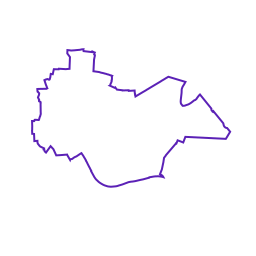 Middelburg, Zeeland, Netherlands, rotated 18°
{"feature_id": "6326949B99945652837924", "entity_name": "Middelburg", "entity_type": "district", "adm_level": 2, "iso_a3": "NLD", "parent_name": "Netherlands", "parent_adm1": "Zeeland", "projection": "albers", "projection_center": [3.627, 51.502], "detail": "fine", "context": "isolated", "style": "outline", "palette": "violet", "viewbox_px": 256, "rotation_deg": 18, "n_neighbors": 0, "source": "geoboundaries", "source_scale": "gbopen_adm2", "svg_char_len": 5006}
<svg xmlns="http://www.w3.org/2000/svg" viewBox="0 0 256 256"><g transform="rotate(18 128 128)"><path d="M178.9,126.6L179.0,124.4L181.8,124.5L185.0,124.7L185.3,118.7L201.1,114.4L224.4,108.1L224.9,106.1L226.3,100.0L222.3,97.4L221.6,97.5L221.2,97.5L220.8,97.5L220.3,97.4L219.9,97.2L219.6,97.1L219.3,96.9L219.1,96.8L218.8,96.5L218.3,96.0L217.9,95.3L217.8,95.2L217.2,94.1L204.0,85.6L203.9,85.9L203.8,86.4L203.5,86.3L203.5,86.2L203.4,86.0L203.3,85.9L203.1,85.8L202.4,85.6L202.2,85.5L201.9,85.2L201.7,84.9L201.6,84.7L201.5,84.4L201.3,83.8L186.1,73.9L185.5,75.0L185.3,75.6L185.0,76.3L184.5,77.8L184.3,78.5L184.2,79.0L184.0,79.5L183.8,79.8L183.5,80.2L183.3,80.6L183.0,80.8L182.5,81.2L182.0,81.8L181.6,82.5L180.3,84.4L179.0,86.0L178.0,87.0L176.2,88.3L175.5,88.9L174.9,89.3L174.4,89.5L174.0,89.7L173.1,90.0L171.2,88.7L170.9,88.5L170.8,88.3L170.5,87.9L170.3,87.4L170.1,87.0L169.9,86.5L169.8,86.0L169.6,85.4L168.2,78.5L167.9,77.3L167.2,75.0L167.1,74.4L167.1,73.9L167.1,73.4L167.2,71.8L167.5,70.6L167.8,69.5L167.9,69.0L168.0,68.5L168.4,66.4L150.6,66.8L150.0,67.4L149.8,67.7L149.2,68.3L147.5,70.3L146.9,71.0L145.2,72.9L144.7,73.6L135.6,84.0L135.4,84.3L134.1,85.7L133.9,86.0L132.7,87.4L130.8,89.5L125.4,95.7L124.5,94.0L124.4,94.1L123.5,92.3L122.7,90.3L117.2,92.5L116.9,91.9L111.7,93.8L111.7,93.7L105.6,94.9L104.6,94.2L104.4,94.1L103.3,93.3L102.9,93.9L97.6,93.3L97.7,93.2L97.8,92.9L97.8,92.4L97.8,91.1L97.8,90.9L97.9,90.6L98.0,90.2L98.0,89.4L98.0,89.0L98.0,88.8L98.0,88.6L97.9,88.5L97.9,88.3L97.7,88.0L97.6,87.8L97.6,87.7L97.8,87.2L97.5,86.2L97.3,85.4L97.1,84.9L96.9,84.6L96.8,84.3L96.8,83.9L96.9,83.3L96.6,83.3L95.7,83.2L95.5,83.3L92.7,83.2L92.2,83.3L90.7,83.3L90.0,83.3L89.3,83.4L88.7,83.4L87.0,83.5L85.2,83.7L83.3,83.7L82.1,83.9L77.6,84.7L76.8,81.7L75.0,75.0L74.9,74.7L74.5,73.1L74.5,72.5L74.4,72.2L74.2,69.9L74.0,68.9L73.7,68.7L73.2,68.6L73.0,68.4L73.0,67.6L73.1,66.5L72.8,66.5L71.7,66.4L70.5,66.2L70.4,66.2L70.5,66.9L62.0,68.6L61.2,67.0L61.2,66.9L59.9,67.4L58.9,68.0L58.2,68.4L58.3,68.4L55.0,69.8L53.2,70.6L50.2,71.8L49.9,71.9L48.1,72.2L47.7,72.3L46.3,72.6L47.2,75.8L47.3,75.9L50.8,78.4L50.9,78.5L51.5,80.7L52.0,82.4L53.0,86.0L54.1,89.8L50.5,91.3L43.9,93.0L43.9,93.6L39.3,95.0L39.8,100.1L37.8,100.4L37.8,100.5L37.9,101.0L38.0,101.4L38.2,102.6L38.3,103.1L38.4,103.5L38.4,104.1L38.5,106.0L38.3,106.3L37.9,106.5L36.9,106.3L36.7,106.3L36.3,106.4L36.1,106.4L35.9,106.6L35.7,106.8L35.4,107.0L35.2,107.0L34.8,107.3L33.8,108.2L33.7,108.3L34.0,108.7L36.6,112.3L36.9,112.6L37.3,113.1L37.6,113.4L38.4,114.5L38.8,115.0L39.0,115.2L38.6,115.6L38.3,115.9L38.0,116.0L30.8,118.5L30.5,118.6L29.7,119.0L29.8,119.2L30.6,121.1L30.8,121.4L30.9,121.5L31.4,121.5L31.8,121.9L32.5,122.2L32.8,122.4L32.9,122.7L33.0,123.2L33.1,123.7L33.1,124.1L32.9,126.7L33.0,126.8L33.7,127.6L33.8,127.6L34.0,127.9L34.5,128.3L34.7,128.6L34.8,128.7L34.8,128.8L34.8,129.0L34.9,129.6L35.0,129.8L35.1,130.0L35.3,130.1L35.8,130.1L36.1,130.1L36.6,130.2L36.8,130.3L36.9,130.5L37.0,130.6L37.0,130.9L37.0,131.0L37.1,131.3L37.3,131.5L37.3,131.8L40.1,140.0L40.7,141.6L40.8,143.9L40.8,144.2L40.7,144.4L40.7,144.6L40.7,146.0L40.8,147.7L40.8,147.8L40.6,148.0L37.7,148.7L37.0,148.9L36.8,149.0L36.7,149.1L36.7,150.0L36.7,150.3L36.6,150.5L36.0,150.7L35.6,150.7L35.3,150.8L34.9,150.9L34.6,151.0L36.4,156.0L36.5,156.4L36.8,157.4L37.5,159.6L37.5,159.9L37.5,160.0L37.8,160.7L38.7,163.1L39.0,163.0L40.5,162.7L43.0,169.4L45.1,168.5L45.8,168.2L45.9,168.5L46.3,169.4L46.5,170.0L46.7,170.3L47.0,170.6L47.1,170.8L47.4,171.0L49.5,172.4L49.9,172.6L50.1,172.7L50.6,172.8L54.5,173.3L54.4,174.6L55.4,174.8L56.0,176.0L57.6,176.7L60.0,169.2L62.0,170.3L63.6,171.2L65.9,173.7L66.1,173.9L68.2,176.2L72.3,174.6L78.3,172.1L78.6,172.5L82.8,176.3L82.8,176.0L82.8,175.8L83.5,175.1L83.8,175.0L84.2,174.9L84.3,174.8L84.7,174.4L84.8,174.2L85.5,173.1L86.8,171.7L87.8,170.9L88.0,170.6L89.4,168.8L90.9,166.9L91.3,166.5L91.5,166.3L92.6,167.2L94.1,168.3L94.7,168.9L96.6,170.5L97.7,171.5L98.1,171.9L98.1,172.1L99.5,173.3L100.3,174.2L101.7,175.6L102.9,176.8L104.3,178.1L105.2,179.1L105.7,179.5L106.2,180.0L106.3,180.1L106.2,180.4L111.0,184.9L111.2,185.1L112.4,186.0L113.1,186.5L113.4,186.7L114.0,187.0L115.7,187.8L116.5,188.2L117.3,188.5L117.9,188.7L119.4,189.1L120.2,189.3L121.7,189.6L122.5,189.7L123.4,189.8L124.1,189.8L124.6,189.8L125.6,189.8L126.4,189.8L127.4,189.7L128.1,189.5L128.9,189.4L130.0,189.1L132.4,188.1L134.7,187.1L135.4,186.7L136.6,185.9L136.8,185.7L138.7,184.4L140.0,183.5L140.9,182.8L142.4,181.6L145.3,179.3L146.0,178.9L147.3,178.2L148.9,177.5L150.1,176.9L150.7,176.6L151.1,176.4L152.1,175.8L154.4,174.4L155.7,173.6L158.2,172.2L163.5,168.7L163.5,168.3L167.7,166.1L168.4,165.8L169.3,165.4L170.0,165.2L170.7,164.9L171.5,164.6L172.0,164.5L173.3,164.2L174.5,164.0L175.9,163.8L176.0,163.8L176.8,163.8L176.4,163.4L176.0,163.1L175.4,162.8L175.0,162.6L174.5,162.4L173.9,162.3L173.3,162.2L172.7,162.1L173.0,156.9L172.4,151.4L172.2,149.4L172.1,149.0L171.5,145.2L172.4,142.7L172.4,142.3L178.2,128.3L178.3,128.1L178.3,127.9L178.8,127.9L178.9,126.6Z" fill="none" stroke="#5b21b6" stroke-width="2"/></g></svg>